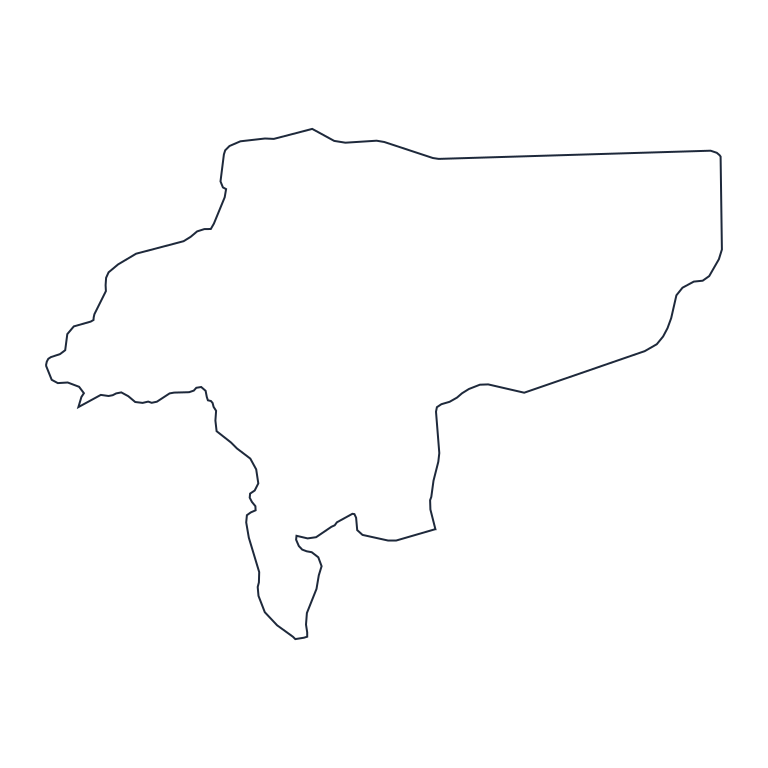 the border of Esfahan
{"feature_id": "IRN-3211", "entity_name": "Esfahan", "entity_type": "Province", "adm_level": 1, "iso_a3": "IRN", "parent_name": "Iran", "parent_adm1": "", "projection": "mercator", "projection_center": [51.611, 32.657], "detail": "fine", "context": "isolated", "style": "outline", "palette": "slate", "viewbox_px": 768, "rotation_deg": 0, "n_neighbors": 0, "source": "natural_earth", "source_scale": "10m", "svg_char_len": 2027}
<svg xmlns="http://www.w3.org/2000/svg" viewBox="0 0 768 768"><path d="M108.6,272.3L118.1,264.4L136.1,253.7L183.6,241.2L190.7,236.8L197.1,231.4L204.3,229.1L210.8,229.0L213.9,223.6L224.7,197.3L226.1,189.1L222.9,187.4L220.5,181.4L223.9,154.4L225.2,150.3L229.5,146.0L240.4,141.3L265.0,138.5L273.8,138.9L312.2,128.9L334.2,140.9L345.4,142.7L376.6,140.7L384.3,142.0L432.8,158.0L438.7,158.9L710.6,150.7L716.8,152.8L719.6,155.2L720.6,156.6L721.9,249.5L718.9,259.2L709.2,276.1L702.7,280.7L693.8,281.6L682.5,287.7L676.4,295.3L671.2,318.1L667.5,328.2L663.1,336.5L656.8,344.2L644.8,351.1L524.2,392.7L488.2,384.4L479.9,384.7L468.9,389.0L462.0,393.3L457.0,397.6L449.6,401.8L441.4,404.2L436.9,407.2L436.0,411.7L439.3,453.1L438.3,461.8L433.5,480.7L431.3,496.9L430.1,500.2L430.4,509.5L435.4,529.2L435.2,529.2L396.3,540.5L387.9,540.5L362.5,534.9L357.2,530.1L356.1,517.7L354.4,514.1L352.4,513.8L336.9,522.3L334.7,525.3L331.4,526.8L316.1,537.2L307.6,538.4L296.5,535.8L296.1,539.7L298.8,546.0L302.2,549.6L306.7,551.3L311.7,552.2L318.3,557.3L321.6,566.2L318.8,575.3L316.5,588.9L306.9,613.0L306.0,624.6L307.2,632.4L307.2,636.7L304.0,637.7L295.3,639.1L293.0,636.8L277.1,625.3L264.8,612.2L258.5,595.9L257.7,587.0L258.9,582.4L259.2,572.1L248.8,537.6L246.2,522.4L246.9,515.2L250.8,512.4L255.6,510.3L255.4,506.2L251.9,501.9L249.7,497.7L250.1,493.6L254.7,490.5L258.3,483.4L256.2,469.4L250.3,458.6L237.0,448.5L231.0,442.5L216.6,431.2L215.4,420.6L216.1,410.8L213.6,406.9L212.6,403.0L210.9,401.0L207.9,400.3L206.8,397.0L205.6,390.8L201.2,387.0L196.3,387.8L193.8,390.6L189.1,392.2L174.1,392.6L169.6,393.4L156.9,401.7L151.7,402.8L148.2,401.6L142.6,402.9L135.2,402.0L128.3,396.2L121.3,392.4L116.2,393.4L112.7,395.2L108.6,396.0L100.8,394.9L78.4,407.1L81.4,397.0L83.9,393.2L79.1,386.8L67.7,382.5L57.8,383.1L51.7,379.8L46.2,366.1L46.1,364.8L46.8,361.6L48.3,358.8L50.9,357.1L60.0,354.1L65.2,350.2L67.3,334.1L73.8,326.4L90.7,321.6L93.5,320.0L93.7,317.4L94.4,314.2L105.9,291.1L105.6,285.2L106.1,277.8L108.6,272.3Z" fill="none" stroke="#1e293b" stroke-width="2"/></svg>